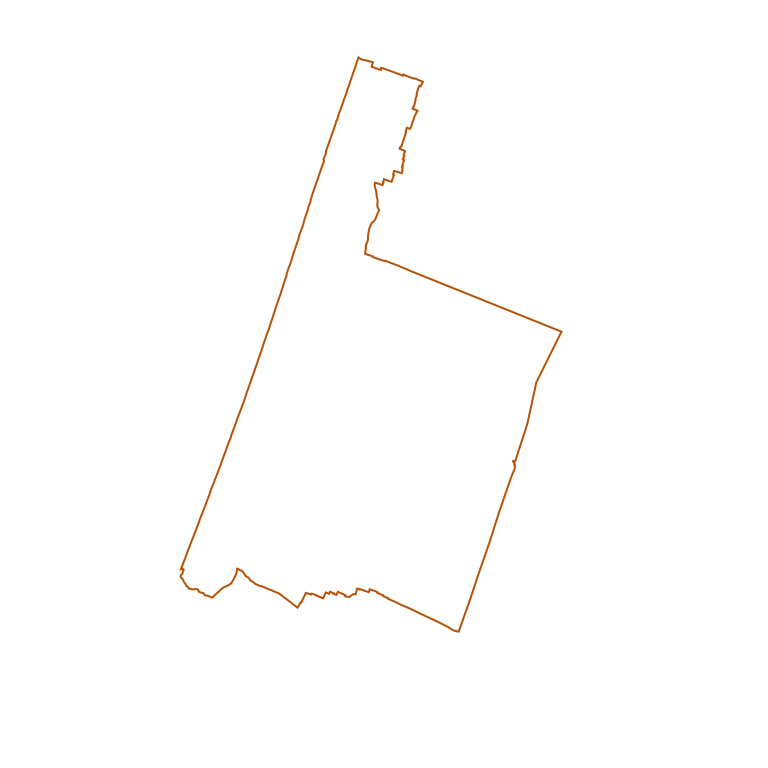 Ranot, Thailand (Albers equal-area conic projection), rotated 212°
{"feature_id": "78962969B50456220611467", "entity_name": "Ranot", "entity_type": "district", "adm_level": 2, "iso_a3": "THA", "parent_name": "Thailand", "parent_adm1": "", "projection": "albers", "projection_center": [100.333, 7.777], "detail": "fine", "context": "isolated", "style": "outline", "palette": "amber", "viewbox_px": 768, "rotation_deg": 212, "n_neighbors": 0, "source": "geoboundaries", "source_scale": "gbopen_adm2", "svg_char_len": 6034}
<svg xmlns="http://www.w3.org/2000/svg" viewBox="0 0 768 768"><g transform="rotate(212 384 384)"><path d="M189.4,213.6L197.0,247.7L202.5,270.2L211.0,307.3L218.5,336.4L226.8,372.6L228.5,382.2L229.1,382.8L229.1,383.1L229.5,383.6L229.5,383.8L230.3,384.1L230.3,384.4L230.7,384.7L230.8,384.9L230.7,385.4L231.4,386.0L233.0,386.4L233.6,386.8L233.6,387.0L233.4,387.1L233.4,387.4L233.1,387.4L232.6,387.8L232.2,387.7L231.8,388.0L241.3,426.1L255.7,466.2L261.2,522.4L421.3,493.9L427.2,493.1L431.8,492.2L436.2,491.6L442.8,490.2L448.1,489.3L448.0,488.7L455.7,486.8L458.6,486.2L461.3,485.8L461.4,486.2L469.0,484.4L470.1,486.6L471.3,489.6L472.4,491.2L472.8,491.8L473.1,492.9L473.4,495.7L474.1,497.9L474.6,498.9L475.6,500.5L476.3,501.7L477.3,504.3L478.3,506.5L478.9,508.5L479.4,510.8L479.8,514.1L479.4,515.0L479.0,516.1L478.7,518.4L478.7,519.5L479.1,521.4L480.0,526.8L480.4,528.9L480.8,529.3L482.9,530.4L484.0,531.5L484.6,532.3L486.2,535.4L487.0,536.7L489.9,539.5L490.8,541.0L494.2,544.7L496.6,546.7L497.2,547.6L498.4,549.9L493.5,551.3L490.9,551.7L490.7,551.8L491.1,554.4L491.6,554.3L492.5,557.7L484.8,559.4L484.7,559.5L486.3,566.5L487.2,566.4L487.3,566.4L487.8,568.3L488.4,569.9L488.4,570.1L480.5,572.3L481.5,575.0L482.0,575.1L482.4,576.4L483.0,576.7L483.3,578.1L484.0,578.0L485.6,584.4L485.8,584.5L486.9,584.3L487.0,584.3L487.4,586.1L487.2,586.6L487.5,587.9L487.6,588.1L488.3,587.9L488.5,588.0L489.2,591.2L489.4,591.7L489.3,592.1L489.4,592.5L489.6,592.6L489.8,592.7L495.3,591.8L495.5,591.8L495.6,592.0L495.7,592.8L495.6,593.5L495.7,594.2L495.6,594.3L495.2,594.5L495.1,594.9L495.4,595.6L497.9,606.3L498.2,607.0L498.7,609.1L499.0,609.7L499.5,609.9L500.4,613.4L497.2,614.1L497.2,615.3L497.6,617.3L498.7,621.7L499.2,624.4L500.1,628.0L500.1,629.9L500.5,632.3L500.2,633.1L500.3,633.4L500.5,633.5L503.7,633.0L505.4,632.6L505.7,632.7L505.8,633.6L505.7,634.5L506.3,637.3L506.6,638.3L507.0,638.9L507.4,640.8L507.5,641.3L507.9,641.4L508.4,642.8L509.0,645.8L509.3,645.9L509.7,647.1L510.3,647.8L511.8,653.9L512.1,655.5L510.6,655.8L511.0,657.5L511.0,657.9L510.8,658.2L511.1,660.9L520.5,659.3L520.6,659.2L520.6,658.7L520.9,658.6L529.8,656.9L531.5,656.7L531.3,655.5L539.1,654.0L552.1,651.2L553.9,650.6L553.5,650.2L553.0,648.7L555.1,648.1L556.9,647.9L558.9,647.1L561.1,646.9L562.6,646.5L563.1,647.8L563.3,649.2L563.7,650.3L563.9,650.6L563.9,650.9L570.3,649.1L570.3,648.9L571.7,648.4L573.9,647.8L574.9,647.4L576.0,647.3L578.6,647.4L578.4,646.7L578.3,645.6L577.9,644.6L577.9,643.6L576.7,639.7L576.7,639.2L576.8,638.9L576.6,638.6L576.3,637.5L575.8,634.8L575.2,632.7L575.1,631.5L574.4,629.4L573.9,626.8L573.7,626.4L572.7,621.2L572.4,620.3L572.2,619.9L572.0,619.1L571.9,618.5L571.6,617.5L571.4,616.1L570.8,613.5L570.4,612.2L570.2,611.7L570.0,610.3L568.9,605.4L568.8,604.3L568.5,603.2L568.2,602.6L568.0,601.8L568.0,601.0L567.7,600.0L567.6,599.0L567.4,598.8L566.8,595.5L566.4,594.6L566.0,591.6L564.8,586.6L564.6,585.8L564.1,584.8L563.9,584.0L563.7,581.6L562.2,576.1L556.7,551.2L556.6,550.7L556.0,549.9L555.4,548.3L554.3,542.2L554.1,542.0L553.4,541.7L553.0,541.2L552.9,540.9L552.5,538.5L549.2,524.0L544.7,504.6L544.0,502.7L543.9,501.6L542.9,499.5L542.1,495.0L541.7,493.4L541.0,491.9L540.2,488.0L538.7,481.8L536.8,475.7L535.2,467.7L534.7,465.3L534.6,464.6L534.4,464.3L533.7,462.5L532.9,459.3L530.1,447.3L530.2,446.6L530.0,446.3L529.8,446.3L529.7,446.0L528.6,441.8L527.2,436.3L526.6,433.3L526.5,432.2L524.7,425.2L524.2,424.5L523.9,423.7L523.4,420.8L521.1,412.1L520.5,409.4L519.7,406.6L516.8,393.7L513.0,378.6L512.5,376.0L512.2,375.4L511.9,373.9L511.0,370.8L510.0,366.0L510.0,365.4L509.4,362.2L508.9,361.1L507.4,354.0L506.5,351.3L506.4,350.3L505.7,347.8L505.1,344.9L504.8,343.8L503.5,337.9L502.7,334.7L501.3,328.1L500.6,326.2L500.6,325.4L499.6,320.5L498.0,313.8L497.1,309.9L496.5,307.6L496.5,307.1L495.6,302.6L495.2,301.7L494.0,296.8L491.0,282.1L490.9,281.3L490.4,279.4L490.2,277.5L489.0,272.6L487.4,265.2L486.5,259.9L485.8,258.4L484.6,251.7L484.1,249.7L484.1,248.8L483.5,246.1L482.8,244.0L482.8,243.0L482.3,241.4L481.9,238.9L480.6,232.9L480.2,230.7L479.4,227.7L479.0,225.0L477.5,217.9L476.8,213.5L476.0,209.9L474.8,203.1L473.6,198.2L470.8,184.5L468.4,171.3L467.7,168.9L461.8,137.7L460.2,130.3L459.6,126.6L458.8,123.2L458.4,120.7L458.0,119.3L457.5,120.0L457.1,120.2L455.8,120.6L455.6,120.5L455.4,120.3L455.3,118.7L454.7,117.1L454.6,116.4L454.6,115.8L454.9,114.6L454.9,113.9L454.7,113.3L454.4,112.8L454.1,112.6L453.2,112.2L451.0,111.7L449.3,110.4L446.6,109.4L445.0,108.2L444.6,108.1L442.8,108.0L441.5,107.2L441.1,107.1L440.7,107.2L439.6,107.9L438.5,107.9L437.8,108.2L435.9,109.5L434.8,110.5L432.8,111.1L432.4,111.0L431.3,109.9L430.7,109.7L428.3,110.2L427.3,110.7L426.6,110.9L425.8,110.8L424.8,110.2L424.0,109.9L423.4,110.0L422.1,110.8L421.4,111.0L417.6,111.5L416.5,111.8L416.2,112.3L415.8,114.4L412.9,125.1L412.2,126.6L409.4,130.8L408.2,133.3L407.9,134.3L407.9,135.7L408.3,142.0L408.9,145.3L409.9,148.2L410.7,149.5L410.1,150.0L409.7,150.0L408.8,149.8L407.5,149.7L406.8,149.8L405.9,150.4L405.5,150.4L402.0,149.1L401.1,148.5L399.7,147.9L397.8,147.8L396.9,148.0L396.3,148.0L395.6,147.8L393.9,146.8L392.9,146.6L389.6,146.6L387.1,146.3L386.1,146.4L385.3,146.6L383.5,146.8L380.8,147.6L368.4,149.7L364.5,150.3L362.3,150.7L358.6,150.5L356.4,150.2L350.2,149.7L347.0,149.3L338.8,148.5L338.8,150.1L339.0,154.2L339.0,154.3L338.5,154.3L338.4,154.4L339.3,164.0L339.6,165.4L338.1,165.8L337.4,166.1L334.2,166.8L334.4,167.6L334.2,167.9L330.1,168.9L329.8,169.0L329.7,168.8L328.8,168.9L322.1,169.9L322.9,176.4L319.5,176.9L319.7,179.2L315.7,179.8L315.7,179.4L312.6,179.9L313.0,183.2L313.0,183.3L305.2,184.4L305.0,183.5L304.8,183.4L303.5,183.6L303.1,184.0L300.6,184.8L299.8,186.9L298.4,189.9L296.7,190.4L296.6,190.6L298.4,196.3L296.0,196.9L295.9,196.9L295.9,197.2L295.5,197.3L286.6,199.4L287.3,202.4L281.2,203.8L279.1,203.9L279.0,203.3L272.7,204.3L272.6,203.8L266.6,204.5L266.6,204.0L259.2,205.1L250.8,206.0L247.4,206.6L239.6,207.7L231.0,208.5L214.3,210.6L207.2,211.3L199.8,211.9L195.0,211.8L191.8,212.6L190.3,213.4L189.7,213.4L189.4,213.6Z" fill="none" stroke="#b45309" stroke-width="2"/></g></svg>